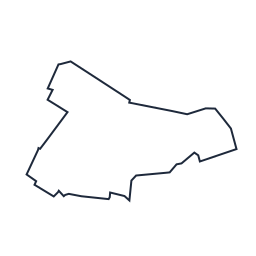 Androscoggin, Maine, United States of America, rotated 84°
{"feature_id": "52423323B83969208679502", "entity_name": "Androscoggin", "entity_type": "district", "adm_level": 2, "iso_a3": "USA", "parent_name": "United States of America", "parent_adm1": "Maine", "projection": "robinson", "projection_center": [-70.183, 44.198], "detail": "fine", "context": "isolated", "style": "outline", "palette": "slate", "viewbox_px": 256, "rotation_deg": 84, "n_neighbors": 0, "source": "geoboundaries", "source_scale": "gbopen_adm2", "svg_char_len": 718}
<svg xmlns="http://www.w3.org/2000/svg" viewBox="0 0 256 256"><g transform="rotate(84 128 128)"><path d="M196.7,154.7L194.9,153.4L190.3,152.5L195.3,138.6L200.2,134.2L180.6,130.1L176.1,124.9L176.5,94.2L176.5,91.2L169.2,83.5L168.8,78.5L159.4,64.6L162.5,61.0L168.8,60.0L160.3,22.3L139.3,25.7L128.2,32.6L117.8,39.3L116.6,48.6L120.5,67.7L115.7,82.5L102.9,124.1L100.3,123.2L83.3,144.1L80.4,147.7L65.9,165.6L55.8,178.1L57.4,188.4L57.5,190.5L80.3,203.7L82.2,199.0L91.5,205.0L105.9,186.5L131.0,209.6L139.5,217.6L138.6,219.1L140.5,219.8L163.6,233.7L171.3,224.9L174.7,226.9L188.3,209.0L184.5,204.3L183.2,203.4L189.1,199.0L188.0,197.5L187.3,193.8L191.0,181.5L196.7,154.7Z" fill="none" stroke="#1e293b" stroke-width="2"/></g></svg>